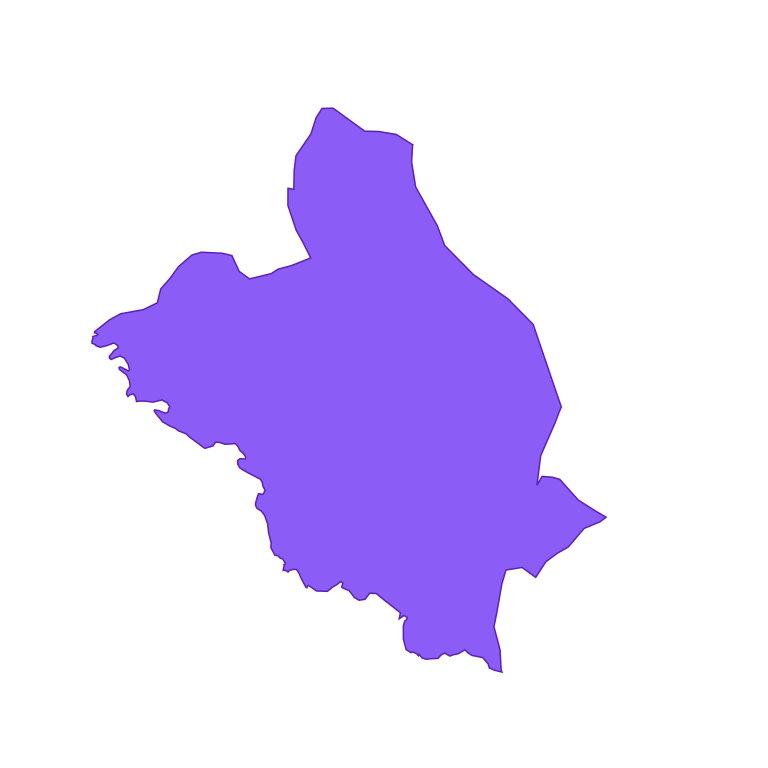 the district of Norwein, River Cess, Liberia, rotated 306°
{"feature_id": "62588387B87205642323712", "entity_name": "Norwein", "entity_type": "district", "adm_level": 2, "iso_a3": "LBR", "parent_name": "Liberia", "parent_adm1": "River Cess", "projection": "mercator", "projection_center": [-9.633, 5.839], "detail": "fine", "context": "isolated", "style": "filled", "palette": "violet", "viewbox_px": 768, "rotation_deg": 306, "n_neighbors": 0, "source": "geoboundaries", "source_scale": "gbopen_adm2", "svg_char_len": 3699}
<svg xmlns="http://www.w3.org/2000/svg" viewBox="0 0 768 768"><g transform="rotate(306 384 384)"><path d="M594.4,266.8L593.1,247.2L585.1,231.2L577.5,220.2L577.2,219.9L577.2,203.2L577.2,180.6L570.5,171.9L561.8,172.4L559.3,172.6L543.4,177.9L517.0,178.6L504.3,185.6L503.7,186.0L488.5,196.6L485.9,191.3L472.0,201.3L456.8,222.6L452.5,231.8L450.9,235.3L442.9,250.6L434.7,245.4L425.1,239.3L414.5,230.7L407.2,228.0L405.5,226.6L390.0,213.4L390.0,200.7L398.5,185.4L394.6,176.1L383.8,159.6L383.3,158.8L375.4,152.8L358.2,148.8L343.6,148.8L329.7,147.5L323.0,150.2L316.5,152.9L302.6,145.5L286.0,129.6L274.8,124.3L256.6,119.2L255.2,119.6L256.1,121.6L255.9,123.4L254.3,123.0L251.3,120.5L249.8,121.6L247.4,122.4L245.4,123.6L245.6,124.6L246.2,127.7L245.6,128.4L246.9,132.8L251.6,136.8L256.4,140.1L257.4,140.2L257.6,141.0L258.6,141.7L258.5,145.3L258.6,146.3L256.4,147.7L252.5,145.9L249.3,145.9L246.4,145.6L245.6,145.6L245.0,145.5L243.4,146.9L243.6,149.0L247.0,150.9L251.5,154.0L252.4,158.5L250.9,162.3L249.5,165.6L247.4,168.0L245.7,169.9L244.3,169.3L243.3,162.3L242.7,160.4L241.4,160.0L240.3,161.5L240.1,168.7L240.1,170.5L237.8,174.6L237.0,176.1L232.8,180.2L229.3,180.0L227.4,180.2L224.4,181.7L223.4,184.3L225.7,184.7L226.8,185.5L227.2,185.8L228.5,186.7L227.8,190.3L227.5,190.6L224.8,193.6L224.3,194.1L225.2,195.0L226.4,196.2L229.4,200.3L233.6,207.8L240.6,213.8L240.7,214.8L241.3,219.9L239.6,224.2L237.5,224.1L236.9,224.6L234.3,225.8L231.9,224.4L230.5,219.0L230.1,217.5L228.4,213.8L227.2,213.8L226.2,216.5L225.4,219.0L224.5,222.6L223.3,227.0L223.3,227.5L224.1,235.5L224.3,236.3L225.4,241.0L225.4,245.8L227.4,253.0L226.9,256.6L226.8,257.1L226.6,276.6L226.9,277.1L233.3,282.0L238.0,282.0L240.0,285.2L241.8,290.8L248.5,298.9L247.7,302.4L246.0,305.6L245.5,306.7L245.1,311.2L243.5,315.3L241.7,315.7L240.6,314.0L239.0,311.4L236.2,310.6L235.2,311.3L233.3,312.6L231.4,316.6L231.8,322.9L232.8,330.1L234.3,339.9L233.1,343.0L229.7,346.8L228.2,350.3L224.5,350.9L223.3,350.7L222.2,348.3L221.5,346.9L217.0,348.3L215.8,348.8L212.1,350.1L210.3,351.4L208.7,354.5L209.1,359.3L207.6,364.5L202.5,372.0L195.7,378.2L190.2,384.8L189.7,385.2L189.6,385.8L185.1,388.7L181.3,396.5L182.7,398.9L182.1,402.3L182.9,405.0L181.1,409.2L180.0,410.0L179.2,409.2L178.4,410.0L175.4,411.2L173.9,412.0L175.3,413.4L175.5,416.9L178.0,417.3L179.2,418.1L179.2,418.5L180.4,419.1L182.6,422.3L180.7,426.9L177.8,431.8L173.6,440.4L173.8,441.4L175.3,440.9L176.7,441.3L176.8,443.9L176.9,451.1L183.0,460.1L190.0,462.0L193.4,463.6L198.9,465.2L198.9,467.7L198.4,467.9L194.8,469.1L194.8,471.2L196.4,477.2L193.9,485.4L194.1,488.0L194.4,490.9L198.6,495.2L202.3,495.3L206.3,495.4L210.0,500.9L209.9,501.4L209.8,503.1L209.6,506.4L209.3,511.9L208.6,531.7L203.0,534.3L208.5,536.3L208.7,540.0L206.1,540.8L204.5,540.1L199.7,541.8L189.0,549.6L182.1,558.1L182.5,563.7L184.2,564.8L185.0,569.3L184.4,571.6L185.8,571.3L184.8,575.9L186.0,579.7L190.0,584.3L193.7,589.0L198.1,589.4L202.0,591.2L202.6,597.2L205.2,598.8L209.7,602.8L216.6,605.7L215.8,610.0L216.1,614.8L217.2,617.0L220.7,624.7L218.7,632.9L216.2,636.1L217.4,641.7L219.6,647.1L220.3,648.8L221.6,646.8L226.0,643.2L237.0,634.3L252.2,615.7L266.7,609.0L278.8,603.1L291.2,597.0L305.2,592.0L316.7,603.5L316.7,620.4L335.3,619.4L349.2,623.8L360.6,628.9L376.7,630.1L384.8,630.8L392.4,635.4L399.7,639.9L406.8,641.9L405.6,630.2L404.3,609.5L406.3,600.0L410.2,582.2L407.5,574.9L402.2,566.2L391.9,567.3L412.8,555.8L417.8,553.1L418.1,552.9L420.9,552.3L453.2,545.2L464.2,542.2L469.7,540.9L473.2,535.9L483.8,520.8L501.6,495.6L519.9,469.6L525.8,433.7L525.6,424.8L525.1,391.7L526.3,384.6L531.7,351.7L543.6,333.8L544.8,331.0L557.7,303.1L562.0,293.8L579.9,275.8L593.9,266.8L594.4,266.8Z" fill="#8b5cf6" stroke="#5b21b6" stroke-width="1.5"/></g></svg>